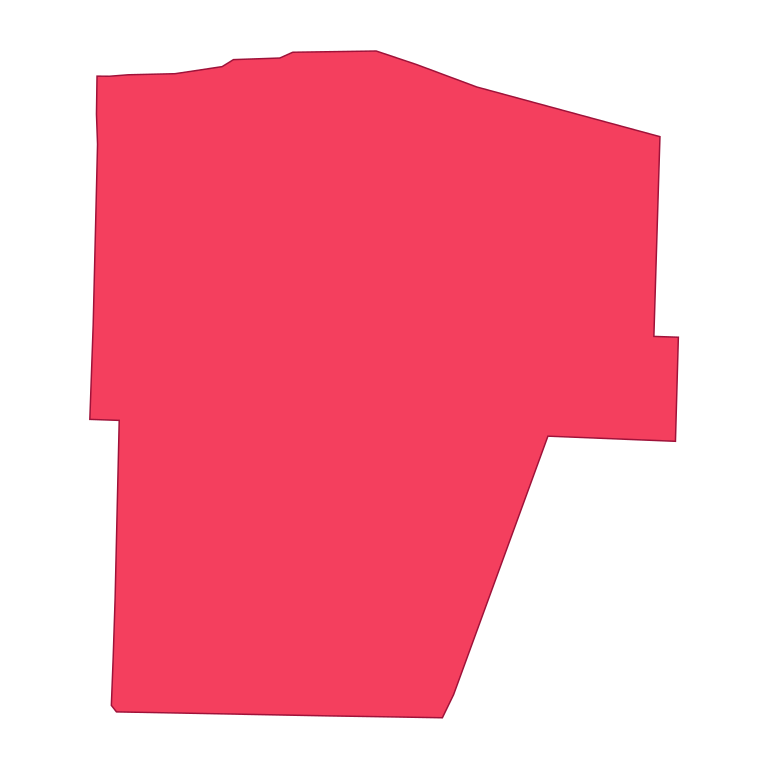 Paulding, Georgia, United States of America, rotated 181°
{"feature_id": "52423323B85895559064140", "entity_name": "Paulding", "entity_type": "district", "adm_level": 2, "iso_a3": "USA", "parent_name": "United States of America", "parent_adm1": "Georgia", "projection": "albers", "projection_center": [-84.846, 33.929], "detail": "fine", "context": "isolated", "style": "filled", "palette": "rose", "viewbox_px": 768, "rotation_deg": 181, "n_neighbors": 0, "source": "geoboundaries", "source_scale": "gbopen_adm2", "svg_char_len": 547}
<svg xmlns="http://www.w3.org/2000/svg" viewBox="0 0 768 768"><g transform="rotate(181 384 384)"><path d="M112.4,636.1L296.5,682.6L357.1,704.0L397.6,716.8L481.1,714.1L493.9,708.1L540.2,705.7L551.4,698.5L598.4,690.6L645.2,688.7L664.0,686.9L676.3,686.8L676.2,648.8L674.6,618.7L674.7,602.5L675.8,438.1L677.5,343.5L648.1,343.0L649.1,164.8L650.0,105.5L651.0,57.9L645.8,51.5L433.8,51.2L366.2,51.3L319.8,51.3L309.0,74.6L219.2,334.7L91.6,331.8L90.5,435.9L115.0,436.3L112.9,599.2L112.4,636.1Z" fill="#f43f5e" stroke="#9f1239" stroke-width="1.5"/></g></svg>